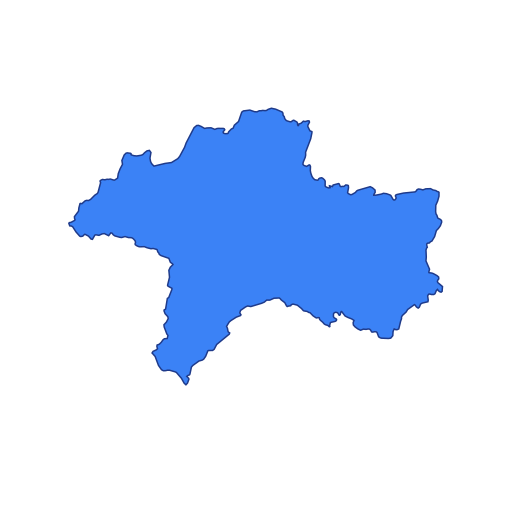 the border of Sachsen-Anhalt, rotated 110°
{"feature_id": "DEU-1600", "entity_name": "Sachsen-Anhalt", "entity_type": "State", "adm_level": 1, "iso_a3": "DEU", "parent_name": "Germany", "parent_adm1": "", "projection": "orthographic", "projection_center": [11.644, 51.989], "detail": "fine", "context": "isolated", "style": "filled", "palette": "blue", "viewbox_px": 512, "rotation_deg": 110, "n_neighbors": 0, "source": "natural_earth", "source_scale": "10m", "svg_char_len": 6107}
<svg xmlns="http://www.w3.org/2000/svg" viewBox="0 0 512 512"><g transform="rotate(110 256 256)"><path d="M125.7,318.6L124.0,317.5L121.0,311.7L120.9,306.7L120.2,304.4L118.4,302.6L117.7,300.8L116.9,299.5L116.3,297.2L115.7,296.0L114.0,294.7L111.9,292.1L111.3,287.7L111.7,280.7L112.5,279.6L114.4,278.7L115.5,277.0L117.0,276.1L118.3,274.0L118.4,272.6L118.2,269.9L117.9,269.0L115.7,267.4L115.5,266.7L116.1,263.4L117.0,262.4L118.7,261.7L119.1,261.0L118.7,260.7L117.3,260.8L115.8,259.0L113.1,257.6L112.9,255.9L111.1,253.3L111.0,252.1L112.1,251.5L115.3,252.0L116.6,251.6L119.9,248.2L120.0,246.0L121.0,245.6L127.1,244.7L141.5,244.9L144.3,243.8L146.5,243.5L151.8,243.7L153.7,243.3L154.3,242.5L154.5,241.7L154.5,239.1L152.3,237.3L152.1,236.7L152.3,236.3L153.3,235.4L157.1,234.2L159.3,232.9L162.0,230.7L163.1,229.3L164.2,227.0L163.8,224.2L163.4,223.7L161.9,223.4L160.9,222.6L160.0,221.0L160.2,219.7L161.1,217.6L162.0,216.6L166.5,215.0L167.0,214.3L167.2,213.3L167.2,211.0L166.5,209.7L166.0,209.7L165.4,210.8L164.9,211.0L164.6,207.9L162.9,207.8L159.7,203.2L159.8,202.5L161.6,200.8L161.8,199.9L161.0,198.6L160.6,197.2L158.5,195.9L158.1,193.9L158.3,193.3L160.2,192.4L165.1,191.6L165.7,190.8L166.1,188.3L165.5,187.0L162.3,184.3L160.5,183.7L159.4,182.8L151.8,172.4L152.1,169.8L153.3,166.7L155.4,165.8L157.8,166.3L158.6,166.1L157.8,164.1L154.9,159.3L153.5,157.7L152.8,154.6L152.8,150.9L153.0,150.0L155.9,146.6L156.2,145.8L156.1,145.2L155.8,144.7L154.1,144.1L153.1,144.4L151.9,145.6L150.9,145.5L150.0,144.6L146.4,138.9L141.4,128.5L139.7,127.5L138.6,127.4L137.5,126.3L137.0,124.2L136.8,121.8L134.8,119.4L133.0,115.0L133.4,112.3L133.0,109.4L133.4,107.9L133.3,106.4L133.6,105.8L137.2,104.5L142.2,104.1L146.8,104.4L152.8,102.4L154.8,101.3L155.9,99.9L157.9,98.4L158.3,97.7L158.5,95.5L159.0,94.2L159.4,93.7L160.6,93.1L164.5,93.1L167.7,94.0L170.4,95.2L176.7,94.8L181.8,95.8L183.0,97.0L184.4,97.5L185.4,99.3L186.0,99.6L187.2,99.4L189.3,98.0L190.1,98.4L192.3,98.3L198.8,95.6L202.5,94.6L209.1,88.4L212.1,88.1L212.5,87.7L211.9,84.9L211.9,83.3L212.5,79.3L213.3,77.2L215.0,76.4L216.4,76.9L217.8,76.9L218.8,76.1L220.9,70.3L225.6,69.0L226.7,69.7L226.7,71.4L226.1,73.0L225.3,74.0L226.7,74.7L230.2,74.9L231.4,75.8L232.2,78.0L232.3,79.7L232.9,80.7L234.7,81.1L238.5,79.1L240.2,78.8L243.4,83.7L244.9,84.9L248.2,85.0L249.5,85.8L249.0,87.8L247.7,89.7L247.5,90.5L254.4,95.2L257.4,95.8L261.8,98.1L263.6,98.4L265.2,97.8L267.8,97.8L275.7,96.9L276.8,98.0L277.4,99.2L277.3,101.2L280.0,101.4L284.1,100.2L287.1,101.3L288.2,103.3L290.3,110.0L290.4,111.2L290.0,113.1L286.5,116.1L286.3,116.6L286.2,117.3L286.5,118.5L287.6,120.3L287.8,121.4L286.4,123.0L285.9,124.2L286.2,125.6L287.3,127.5L288.0,130.1L290.0,132.3L289.7,135.4L288.7,138.8L287.5,140.9L285.5,141.9L283.0,141.9L282.4,144.6L282.3,148.8L281.9,151.8L278.9,156.5L279.0,156.9L279.7,157.1L282.3,156.8L283.1,157.2L283.2,157.6L281.6,159.7L281.4,160.2L281.6,161.8L282.5,163.0L283.8,163.4L286.5,162.5L287.3,161.4L287.8,158.9L288.4,158.4L289.6,158.6L290.4,159.3L292.6,162.7L293.2,163.3L295.8,163.1L297.0,162.5L297.4,162.9L296.7,164.6L296.8,167.2L296.6,168.5L295.4,170.7L294.4,173.4L293.8,174.5L292.4,175.5L292.6,176.5L293.5,177.9L293.5,178.7L292.7,181.9L290.8,185.8L291.0,187.1L290.6,189.0L291.2,192.2L291.1,192.9L289.8,195.3L288.2,199.9L288.1,200.8L288.5,204.8L289.7,206.2L290.7,206.3L291.1,206.7L291.9,208.3L292.8,209.4L292.4,210.3L290.0,213.0L288.6,217.4L287.8,218.7L287.5,219.8L289.5,224.6L292.7,227.9L293.8,230.9L296.5,232.4L298.5,234.5L305.3,243.6L305.8,246.7L307.3,248.3L312.4,251.9L315.0,251.8L316.4,250.0L317.3,250.2L320.2,253.6L325.3,257.5L327.2,258.6L332.2,259.6L333.7,258.1L336.4,256.5L336.9,255.9L337.3,254.4L338.6,254.4L352.6,262.7L358.0,263.4L359.6,264.5L361.1,268.4L361.6,268.8L367.5,269.0L370.9,269.9L372.3,271.0L374.2,273.7L380.4,277.9L382.4,278.7L389.6,277.7L390.4,277.8L391.4,279.0L392.8,279.9L394.0,277.4L394.7,276.9L398.9,276.9L401.0,277.8L400.1,280.0L396.4,284.3L392.7,290.9L392.5,292.1L392.9,298.1L393.6,300.1L394.7,301.8L395.5,303.8L395.2,305.9L392.2,310.2L384.9,316.4L382.7,320.5L380.8,320.1L378.4,317.7L376.9,316.8L374.9,318.2L373.5,318.5L372.0,316.7L369.5,315.5L366.5,314.7L365.1,313.8L363.9,311.2L360.7,311.6L359.8,313.1L354.1,318.0L352.1,319.0L348.8,317.6L344.8,317.1L343.2,318.1L341.3,321.7L339.0,323.7L337.8,323.8L337.3,323.0L336.8,322.8L326.2,324.8L324.8,323.8L316.1,323.6L315.1,324.0L314.5,328.0L314.2,328.8L313.7,329.1L305.6,330.0L299.2,333.0L295.9,332.7L292.4,331.1L291.9,331.8L291.2,334.3L288.0,337.1L288.1,345.3L287.6,347.4L286.6,348.2L285.7,349.7L283.9,351.1L283.8,351.7L284.1,355.2L285.1,357.2L285.5,361.3L285.4,364.1L287.1,368.3L287.3,369.7L287.1,371.9L286.6,373.4L285.8,373.8L284.2,373.9L282.9,375.0L281.9,376.9L281.5,378.0L281.4,379.4L282.3,382.1L282.5,385.7L284.6,388.6L285.0,390.4L285.4,395.5L284.9,397.4L283.8,399.0L283.9,400.3L287.3,401.4L286.8,406.2L287.9,408.2L290.3,410.6L290.8,413.5L291.1,414.1L291.6,414.6L296.3,415.4L296.5,416.8L294.6,420.2L294.1,423.9L294.3,424.5L296.6,425.6L297.6,427.2L297.7,427.9L297.6,428.5L295.0,433.3L291.2,438.3L291.0,439.8L291.4,441.3L289.4,443.0L288.5,442.9L287.7,441.4L284.8,438.8L284.2,438.5L283.7,438.5L282.7,439.4L281.1,440.1L274.6,438.1L271.4,438.9L266.9,439.3L266.6,439.0L266.4,437.5L262.7,435.5L261.7,434.3L261.1,432.3L259.4,430.8L254.0,428.3L251.6,426.5L250.3,426.2L240.3,427.1L238.9,428.2L238.1,427.9L236.6,426.5L236.1,424.1L234.8,422.2L234.5,420.9L233.5,419.2L233.3,415.7L233.1,414.9L230.2,412.7L225.7,413.6L220.6,413.5L215.5,412.8L212.1,414.7L206.1,414.4L203.8,413.3L203.1,412.2L202.4,408.9L202.7,408.3L203.5,408.1L203.6,407.7L203.5,405.1L202.8,402.3L200.5,398.2L199.3,397.0L197.0,396.0L194.5,394.4L193.2,392.3L194.7,390.1L200.3,389.1L203.1,387.5L204.4,386.3L205.4,384.8L206.4,382.6L200.1,373.1L197.1,367.4L191.3,362.8L188.5,361.8L178.3,360.3L173.6,360.3L156.6,358.1L153.7,356.4L152.9,354.7L153.0,351.9L153.7,347.9L152.5,346.0L150.9,342.1L151.1,338.0L149.5,336.2L148.9,334.9L147.3,330.4L147.3,329.4L148.1,328.5L150.3,329.3L151.3,329.0L151.7,328.4L151.6,326.8L150.7,324.6L150.2,324.2L148.7,324.2L145.1,322.6L143.7,321.2L140.5,321.1L135.6,318.4L125.7,318.6Z" fill="#3b82f6" stroke="#1e3a8a" stroke-width="1.5"/></g></svg>